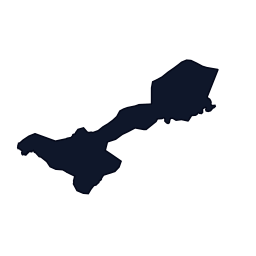 outline of Anambra East, Anambra, Nigeria, rotated 62°
{"feature_id": "59680162B18196869714953", "entity_name": "Anambra East", "entity_type": "district", "adm_level": 2, "iso_a3": "NGA", "parent_name": "Nigeria", "parent_adm1": "Anambra", "projection": "orthographic", "projection_center": [6.879, 6.476], "detail": "fine", "context": "isolated", "style": "filled", "palette": "ink", "viewbox_px": 256, "rotation_deg": 62, "n_neighbors": 0, "source": "geoboundaries", "source_scale": "gbopen_adm2", "svg_char_len": 2422}
<svg xmlns="http://www.w3.org/2000/svg" viewBox="0 0 256 256"><g transform="rotate(62 128 128)"><path d="M98.8,84.5L103.6,88.3L117.1,95.5L117.8,96.2L117.8,96.4L112.6,107.3L112.0,111.4L109.8,118.9L109.2,123.0L109.2,127.2L112.7,132.5L114.1,137.9L115.0,144.0L115.2,149.2L116.4,155.5L115.6,161.1L114.4,162.5L113.6,164.9L112.3,166.0L107.0,167.2L105.8,172.8L107.5,176.3L108.5,177.4L108.2,178.3L108.0,179.7L109.1,180.9L109.7,182.8L109.2,184.4L108.5,186.7L108.6,187.6L105.5,198.3L89.4,212.8L88.7,219.3L89.4,226.3L90.4,230.3L90.1,231.8L90.9,232.3L91.5,233.2L92.6,233.9L93.5,234.6L94.6,234.7L95.1,233.6L95.6,233.5L96.2,233.2L96.7,233.2L96.9,232.7L97.8,232.4L98.7,232.3L99.3,232.8L99.8,233.4L100.8,233.7L101.3,233.8L101.8,233.8L102.3,233.5L102.3,232.9L102.0,231.9L103.2,231.7L103.2,231.4L103.5,231.2L103.8,231.0L103.7,230.9L103.7,230.1L103.0,230.0L103.2,229.2L103.2,228.7L102.2,228.3L102.5,227.9L102.3,227.7L102.8,227.4L102.6,227.0L102.5,226.2L102.6,225.6L102.9,225.1L103.1,225.0L102.9,224.6L103.3,224.3L103.8,224.1L103.3,223.2L103.4,222.0L105.5,222.0L105.5,221.4L110.1,220.2L111.5,219.9L112.8,218.4L119.5,215.5L125.6,214.9L130.5,211.1L133.0,207.1L134.2,205.2L137.7,203.0L138.1,202.9L145.5,197.5L146.4,198.4L149.2,200.9L150.3,201.2L151.8,202.4L159.3,202.4L164.6,198.1L167.3,193.9L164.7,189.6L162.7,185.2L163.0,184.3L163.3,182.6L162.8,181.5L162.4,179.4L161.2,178.2L161.3,177.5L161.1,177.3L161.1,177.2L161.2,176.8L161.1,176.5L161.1,176.4L161.0,176.0L160.7,175.6L159.8,174.9L158.1,171.7L160.2,160.0L158.3,154.3L154.1,149.7L144.4,154.7L137.1,158.6L130.6,152.7L132.1,144.2L130.9,136.0L131.2,129.3L131.2,124.4L131.2,121.7L136.9,114.5L137.0,114.2L137.8,112.7L135.4,100.2L133.7,97.7L135.6,93.6L135.7,91.5L136.4,91.1L137.5,91.2L139.2,92.2L141.6,91.5L142.8,90.5L142.7,89.1L140.1,87.0L139.5,85.6L140.5,83.8L143.7,81.9L145.6,76.8L149.9,71.7L149.5,70.7L146.8,66.0L148.4,62.3L148.3,60.8L147.6,59.1L147.6,58.1L148.6,57.9L149.7,56.3L149.2,54.8L147.8,54.1L146.5,53.6L146.0,52.5L146.0,50.2L146.4,49.6L147.3,49.7L148.4,50.8L149.7,50.9L151.0,49.4L151.5,47.0L150.7,44.9L150.2,44.6L150.4,42.5L149.9,40.8L148.8,40.6L148.1,42.3L147.4,43.6L146.2,43.7L145.4,43.5L144.8,42.9L144.0,42.5L142.5,42.3L140.9,42.4L138.7,43.6L137.5,43.3L118.8,21.3L118.4,21.4L115.8,24.8L111.6,30.2L108.5,33.3L103.0,37.0L98.0,40.7L95.6,44.4L95.1,49.8L95.8,53.5L96.6,58.7L96.7,59.4L97.5,66.2L99.0,74.2L99.0,81.1L98.8,84.5Z" fill="#0f172a" stroke="#020617" stroke-width="1.5"/></g></svg>